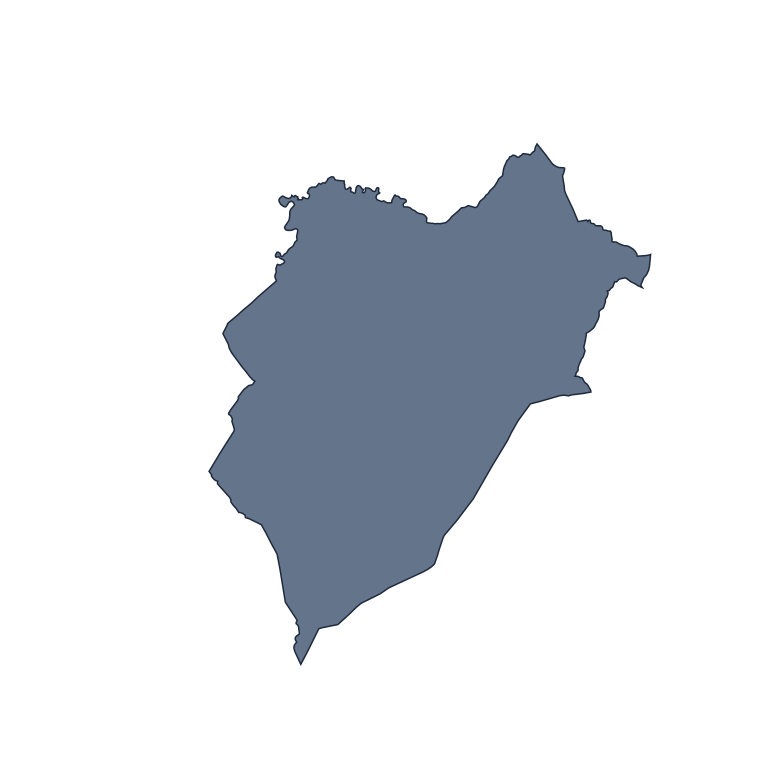 Phu Thien, Gia Lai, Vietnam (Robinson projection), rotated 210°
{"feature_id": "81297802B15377501666570", "entity_name": "Phu Thien", "entity_type": "district", "adm_level": 2, "iso_a3": "VNM", "parent_name": "Vietnam", "parent_adm1": "Gia Lai", "projection": "robinson", "projection_center": [108.328, 13.506], "detail": "fine", "context": "isolated", "style": "filled", "palette": "slate", "viewbox_px": 768, "rotation_deg": 210, "n_neighbors": 0, "source": "geoboundaries", "source_scale": "gbopen_adm2", "svg_char_len": 6170}
<svg xmlns="http://www.w3.org/2000/svg" viewBox="0 0 768 768"><g transform="rotate(210 384 384)"><path d="M558.2,501.3L557.8,499.8L558.1,498.5L559.5,496.8L562.5,496.2L564.8,496.3L565.5,496.1L566.0,495.7L567.0,493.7L567.2,492.2L567.1,491.1L566.6,490.2L565.8,489.4L563.2,487.9L560.7,487.6L559.1,487.6L558.0,488.0L557.6,488.5L557.4,489.7L557.2,493.6L556.2,495.4L555.3,496.0L554.1,496.1L551.8,495.2L551.2,494.3L551.0,493.5L552.0,489.5L552.0,487.4L551.6,485.9L549.7,482.4L548.3,478.9L548.1,477.8L548.6,471.2L548.5,470.1L548.1,469.5L547.1,468.8L546.1,468.4L544.2,468.9L542.2,470.0L540.4,471.5L538.4,474.1L537.3,474.6L536.2,474.5L535.8,474.2L535.1,473.1L533.3,467.8L531.2,465.3L532.1,462.0L531.7,459.6L531.7,457.9L533.5,453.9L533.9,452.4L533.9,449.4L534.3,447.9L535.1,446.8L535.7,443.7L536.4,443.3L537.3,443.3L539.3,445.2L541.6,445.3L542.5,444.6L542.6,441.8L542.0,440.6L541.3,440.0L540.5,439.9L539.2,441.4L538.8,441.6L537.9,441.1L536.5,440.9L532.9,441.2L531.6,440.6L531.2,440.1L531.3,438.3L532.4,436.9L533.5,434.8L534.5,434.8L536.0,434.4L536.2,433.9L535.3,429.8L533.2,426.9L532.9,424.0L532.6,423.1L531.4,421.6L528.7,419.5L536.7,396.4L539.1,388.1L543.0,377.6L544.9,371.5L549.4,359.1L549.6,358.2L549.2,355.9L548.8,347.5L548.4,346.9L538.8,340.7L536.0,337.7L532.5,335.4L530.1,334.2L515.2,327.7L509.4,325.6L503.8,323.2L499.7,322.0L497.2,321.8L497.6,317.9L497.9,317.3L500.5,314.9L502.6,309.2L503.8,300.6L503.7,299.8L502.7,298.4L502.6,296.0L503.9,285.1L504.0,281.8L503.9,281.0L503.3,280.1L501.1,279.9L500.0,279.4L498.0,278.0L497.6,277.5L497.4,276.4L496.7,275.3L491.4,270.4L490.5,269.0L490.4,267.0L491.4,243.5L491.8,220.8L487.9,219.2L487.7,218.4L487.3,217.9L484.5,216.7L482.0,216.2L479.4,216.6L478.6,214.7L477.5,214.0L461.0,208.6L459.1,207.4L457.3,205.1L453.9,203.6L449.4,202.1L445.7,200.2L443.1,201.1L441.1,201.2L438.6,200.8L437.4,199.3L436.6,199.1L433.5,199.9L419.9,200.8L411.5,195.8L402.1,189.7L391.5,183.2L381.4,171.5L360.3,145.7L341.0,135.9L340.9,133.9L340.5,132.8L340.2,132.5L337.8,132.0L336.1,130.4L334.9,128.5L333.7,127.3L332.7,125.9L332.5,124.6L333.6,122.5L334.0,120.7L334.0,119.9L332.9,118.2L330.5,116.7L330.9,115.2L331.0,112.6L330.1,110.4L328.5,108.7L326.4,107.0L315.9,99.6L316.5,115.2L318.1,139.3L317.3,140.4L315.6,142.1L303.7,152.6L298.9,167.6L296.4,176.6L294.3,182.5L282.2,200.8L278.0,209.8L256.1,241.0L253.7,244.9L251.6,249.2L250.3,253.3L251.9,261.9L253.6,268.9L256.0,280.8L256.1,283.2L252.6,302.7L249.3,329.2L249.4,367.7L248.8,396.4L249.4,405.9L249.5,419.3L247.3,440.0L240.9,446.2L225.7,462.0L222.4,464.4L218.1,466.1L216.6,468.0L206.5,475.6L200.8,480.5L201.9,481.9L206.9,484.9L208.6,485.5L211.2,485.8L215.2,488.3L216.2,488.2L217.5,487.5L219.3,487.8L222.5,486.2L222.4,487.8L223.1,489.3L223.1,490.4L222.6,492.3L223.3,494.0L223.9,494.7L224.7,498.0L225.4,504.7L225.1,506.9L226.4,513.1L229.3,515.7L231.3,522.1L233.5,527.9L234.2,529.0L232.3,532.6L230.7,536.7L230.4,538.7L230.7,541.5L230.8,546.2L231.2,548.5L231.8,550.7L234.1,554.4L233.3,556.9L232.1,559.3L232.1,559.9L233.3,565.9L234.6,567.9L234.4,571.3L235.2,574.4L235.5,575.0L237.2,576.2L235.7,577.4L235.3,580.4L234.4,582.1L235.3,587.8L233.8,588.7L233.4,589.4L232.9,592.3L228.1,596.6L226.1,596.6L221.8,596.0L216.9,596.3L213.5,596.1L208.5,596.6L210.6,597.6L211.2,598.6L212.1,606.2L211.3,609.6L211.7,614.7L213.1,619.1L217.9,629.5L219.1,628.0L222.2,625.6L228.6,621.3L230.3,623.2L233.5,624.8L236.2,625.4L240.4,625.5L242.1,625.3L245.1,623.9L247.0,623.5L250.5,623.0L253.7,623.1L257.3,621.3L258.1,621.7L258.9,623.6L261.1,626.0L262.8,628.6L264.3,629.6L265.8,628.7L268.4,628.2L271.0,627.0L271.6,627.2L272.9,628.6L274.3,629.4L276.0,629.1L278.3,627.7L280.2,626.9L281.6,627.6L282.5,627.7L285.0,626.7L286.0,627.3L287.3,628.7L287.8,628.8L288.6,628.0L288.7,626.6L290.0,627.2L290.6,627.2L297.1,621.7L306.9,629.3L321.6,639.5L324.4,641.9L326.9,645.5L333.0,652.9L333.6,654.1L333.9,656.6L335.0,660.5L335.6,661.2L336.2,661.2L340.9,658.9L343.0,658.5L346.6,658.6L348.4,658.9L358.7,663.4L371.5,668.4L371.4,665.2L370.2,661.2L370.2,660.6L371.1,659.2L371.9,655.6L372.4,655.1L373.4,655.3L378.6,653.1L379.1,652.4L379.2,651.0L380.2,649.4L380.8,647.7L381.3,647.2L382.2,647.1L383.8,647.4L385.0,647.3L386.6,646.7L387.2,646.1L387.3,645.4L387.9,644.1L388.8,643.4L388.4,641.5L389.2,638.9L388.5,632.6L388.0,630.2L385.5,623.7L387.2,618.9L387.0,616.5L387.2,610.2L388.9,604.2L389.0,601.0L390.2,598.3L390.2,595.8L392.2,590.0L392.0,585.7L392.2,583.6L393.2,582.4L400.0,580.7L400.7,580.0L402.2,577.4L405.1,575.2L406.0,571.4L409.0,562.9L409.6,559.0L411.1,554.7L415.5,550.9L418.6,549.3L419.7,548.3L421.8,547.7L423.2,546.9L427.2,545.2L428.0,545.5L428.6,546.2L429.8,549.1L431.4,549.9L433.6,550.5L435.5,550.4L438.8,549.3L440.8,548.9L444.2,549.5L446.5,549.1L449.7,549.7L452.2,549.1L455.1,547.4L456.1,547.7L457.2,549.2L457.1,550.4L456.0,552.7L456.2,553.7L457.2,554.4L458.5,554.5L460.2,553.9L462.3,552.8L464.7,553.6L466.0,553.6L467.5,552.8L468.7,553.3L469.1,552.8L469.2,552.1L469.0,547.2L468.1,544.9L468.5,544.4L472.1,542.4L475.8,542.5L477.0,540.9L482.1,540.1L484.0,541.3L484.7,543.2L484.7,544.8L483.4,546.7L483.2,547.3L484.8,547.7L486.3,550.7L486.9,551.1L487.4,551.1L488.3,549.9L487.9,546.8L488.7,545.8L490.3,545.4L492.4,546.0L494.9,546.1L497.9,544.7L498.0,544.0L496.6,541.9L496.4,541.1L496.7,540.0L497.5,539.3L498.3,539.1L498.7,539.4L498.9,541.8L499.1,542.3L500.7,541.9L502.5,543.0L504.0,543.3L505.2,543.1L505.8,542.6L506.3,541.4L506.2,540.0L504.5,535.3L504.7,534.7L505.3,534.3L507.3,534.4L508.9,533.9L509.3,534.3L510.3,536.9L511.5,537.5L512.1,537.1L512.7,535.5L513.5,534.1L514.0,533.7L515.1,533.7L517.0,535.5L517.6,537.0L519.0,538.1L519.9,539.9L527.7,536.4L529.4,536.9L530.9,537.9L532.0,537.8L533.0,537.2L533.8,536.2L535.2,533.5L534.8,531.8L535.2,530.8L535.3,528.6L536.5,528.3L537.8,527.4L538.5,525.4L540.4,525.3L540.8,524.5L540.9,522.8L541.5,520.8L542.3,519.9L545.1,518.3L546.3,516.3L546.4,515.1L546.0,511.3L545.3,510.9L544.1,511.1L543.4,510.8L542.6,509.5L542.2,507.9L542.3,506.9L543.0,506.2L544.1,505.6L547.6,505.3L548.0,504.6L547.0,503.7L546.9,503.3L548.0,501.8L548.8,501.7L550.7,500.4L550.9,500.6L551.0,501.8L551.8,501.9L552.3,503.0L553.2,502.7L554.8,503.0L555.3,502.6L555.3,501.4L555.5,501.1L558.2,501.3Z" fill="#64748b" stroke="#1e293b" stroke-width="1.5"/></g></svg>